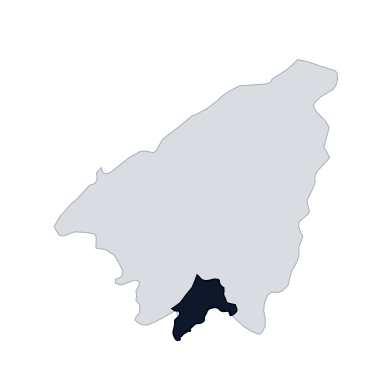 location of Vlasenica within Bosnia and Herzegovina, rotated 100°
{"feature_id": "BIH-4805", "entity_name": "Vlasenica", "entity_type": "state/province", "adm_level": 1, "iso_a3": "BIH", "parent_name": "Bosnia and Herzegovina", "parent_adm1": "", "projection": "robinson", "projection_center": [19.204, 44.258], "detail": "fine", "context": "in_parent", "style": "filled", "palette": "ink", "viewbox_px": 384, "rotation_deg": 100, "n_neighbors": 0, "source": "natural_earth", "source_scale": "10m", "svg_char_len": 3191}
<svg xmlns="http://www.w3.org/2000/svg" viewBox="0 0 384 384"><g transform="rotate(100 192 192)"><path d="M319.9,99.9L320.5,102.0L318.8,109.4L315.5,117.5L310.3,125.8L304.8,133.6L303.3,137.8L302.9,144.4L302.2,149.6L303.0,152.5L304.8,155.1L310.9,157.2L319.2,162.4L326.2,169.3L335.2,177.0L338.0,179.9L338.0,183.0L335.4,185.2L327.7,186.1L319.7,185.4L316.6,184.6L313.7,185.6L312.0,187.3L312.9,189.4L321.1,198.8L330.7,212.3L331.3,218.1L330.1,222.7L327.9,225.8L323.9,225.3L320.9,222.8L316.3,223.0L312.7,223.7L308.1,228.6L305.8,228.4L301.8,229.1L299.3,230.1L295.3,228.7L291.1,227.7L289.3,229.2L288.5,232.1L291.1,237.3L295.9,245.4L295.1,251.6L291.4,252.3L288.0,247.1L285.0,246.3L281.6,246.4L273.7,252.4L267.9,257.5L266.5,261.0L264.5,264.8L263.8,267.6L263.9,276.9L253.5,278.4L251.3,279.7L250.0,282.5L250.8,294.4L251.7,300.8L257.6,310.6L257.8,313.8L257.0,315.8L252.7,319.7L250.7,321.1L249.3,321.6L242.3,319.0L239.0,317.8L225.1,309.1L219.0,304.2L209.3,297.9L203.3,294.3L200.3,288.9L195.5,287.6L189.9,289.3L183.6,285.4L188.1,283.4L189.2,281.4L188.7,278.9L186.7,275.4L169.6,260.5L161.3,250.3L159.9,246.7L159.9,236.9L157.9,234.6L145.4,230.2L131.4,217.5L117.0,205.1L115.1,201.7L107.7,192.3L98.7,183.8L91.5,178.3L85.6,172.1L79.1,163.5L75.9,150.4L73.0,138.8L71.0,134.2L66.9,132.7L54.1,118.9L43.3,110.9L43.5,102.2L45.6,87.8L47.9,71.6L50.6,69.4L55.6,68.2L61.3,68.6L66.2,70.6L75.9,81.7L81.5,86.0L86.2,87.7L91.8,83.0L98.7,73.2L104.6,68.1L124.5,69.9L134.3,62.4L150.0,72.3L156.5,73.8L160.2,72.4L165.2,73.0L176.2,75.9L178.8,77.1L182.1,76.9L190.4,73.1L193.2,73.6L202.5,81.1L207.2,81.2L212.9,77.9L216.5,75.1L227.3,77.2L233.5,76.0L238.6,75.8L244.1,77.1L249.2,78.9L254.1,80.4L267.4,81.2L273.8,86.0L276.3,90.7L276.4,93.5L277.0,96.6L280.7,99.6L288.7,101.4L293.7,101.0L296.4,100.8L303.3,98.1L311.3,96.7L317.1,98.3L319.9,99.9Z" fill="#d9dde1" stroke="#a8b0b8" stroke-width="1"/><path d="M306.9,132.6L306.4,133.2L305.8,133.7L303.1,134.5L302.9,136.0L304.2,140.2L304.0,142.9L303.1,144.3L302.0,145.5L301.4,147.5L301.5,149.3L302.1,151.2L303.8,154.5L305.2,156.0L306.8,156.6L310.0,157.2L311.6,158.0L312.3,158.1L313.4,158.2L315.9,157.7L316.8,157.8L318.1,158.8L319.4,160.5L320.3,162.6L320.5,164.5L321.0,165.7L322.4,167.1L325.8,169.3L326.6,170.1L327.1,170.3L327.6,170.2L328.5,169.4L328.9,169.4L329.6,170.2L329.7,171.9L330.2,172.5L331.4,173.5L332.8,175.3L333.3,175.9L335.8,177.2L337.0,178.6L337.7,179.1L338.0,178.8L338.5,178.2L339.2,178.0L340.1,178.8L340.7,180.6L340.1,182.2L338.8,183.5L335.6,185.6L333.8,186.2L331.9,186.3L327.5,185.9L323.4,186.2L322.3,186.5L321.2,186.6L320.2,186.0L318.2,184.3L316.2,183.1L315.2,182.8L314.1,182.8L312.5,183.3L311.9,183.8L311.4,184.7L311.4,185.4L311.8,186.6L311.6,187.3L310.8,188.1L311.7,188.6L310.4,191.5L306.7,187.6L302.9,184.1L293.6,179.5L286.1,175.2L279.5,173.7L272.9,172.5L273.9,170.7L274.9,169.8L275.1,169.6L276.8,166.8L277.2,163.5L276.4,160.5L275.3,157.9L274.1,155.4L273.6,151.5L274.3,149.8L276.0,149.6L278.3,148.3L279.8,146.6L280.7,144.2L284.1,143.4L287.2,143.3L289.2,142.2L291.4,140.5L292.7,140.1L294.7,138.6L295.3,137.2L295.6,130.6L295.6,129.8L296.8,129.2L298.9,127.9L300.8,127.3L302.0,127.6L304.5,129.1L306.1,131.0L306.9,132.6Z" fill="#0f172a" stroke="#020617" stroke-width="1.5"/></g></svg>